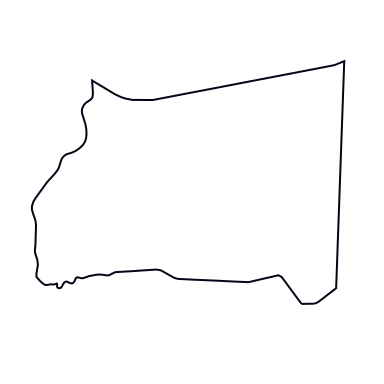 map outline of Najran (Natural Earth projection), rotated 356°
{"feature_id": "SAU-1096", "entity_name": "Najran", "entity_type": "Region", "adm_level": 1, "iso_a3": "SAU", "parent_name": "Saudi Arabia", "parent_adm1": "", "projection": "natural_earth1", "projection_center": [44.686, 18.237], "detail": "fine", "context": "isolated", "style": "outline", "palette": "ink", "viewbox_px": 384, "rotation_deg": 356, "n_neighbors": 0, "source": "natural_earth", "source_scale": "10m", "svg_char_len": 1510}
<svg xmlns="http://www.w3.org/2000/svg" viewBox="0 0 384 384"><g transform="rotate(356 192 192)"><path d="M329.1,298.0L320.1,304.0L310.5,310.4L308.1,311.5L305.6,311.9L295.2,311.4L294.1,311.3L293.1,310.6L286.4,300.2L280.6,291.0L275.5,283.0L272.5,281.1L255.1,283.8L242.1,285.9L223.0,283.7L208.1,281.9L188.6,279.7L171.9,277.7L168.3,276.4L155.5,268.0L151.1,266.9L137.8,266.8L135.9,266.8L126.2,266.8L110.3,266.6L108.5,267.1L103.6,269.2L101.4,269.3L96.0,268.1L91.2,267.8L83.6,268.7L77.6,270.3L76.1,270.4L72.8,269.4L71.2,269.1L70.0,270.1L68.8,272.4L67.6,274.0L66.1,274.8L64.1,274.5L61.1,272.7L59.7,272.6L58.0,273.6L56.8,275.2L55.8,277.0L54.6,278.4L52.8,278.7L51.8,278.4L51.4,278.2L51.1,277.7L50.8,277.0L51.0,275.1L51.0,274.1L50.5,273.9L48.7,274.5L47.3,274.6L44.2,274.2L41.2,274.6L39.8,274.6L38.2,274.0L35.0,271.1L31.0,266.0L31.0,263.1L33.2,253.8L33.0,248.9L31.5,243.2L31.2,241.0L31.3,238.4L32.0,234.7L34.1,214.2L33.9,210.3L33.1,206.5L31.9,202.4L31.1,198.3L31.2,196.0L31.9,193.4L33.4,190.1L35.5,187.1L48.2,172.0L57.0,163.6L59.5,160.6L60.5,159.1L61.4,157.2L63.3,152.2L64.3,149.9L66.0,147.9L67.9,146.4L69.7,145.6L75.1,144.3L78.6,143.0L82.2,140.9L85.6,138.3L87.1,136.7L88.3,135.0L89.3,133.1L90.1,130.9L90.6,128.3L90.9,124.8L90.9,121.6L90.5,117.5L87.8,105.7L87.8,103.5L88.3,101.0L90.2,97.7L92.0,95.9L97.2,92.8L98.5,91.7L99.2,90.6L99.8,88.5L100.1,85.5L100.1,73.8L121.9,89.1L127.5,92.2L131.7,94.0L139.1,96.0L159.3,97.5L342.8,75.4L353.0,72.1L329.1,297.9L329.1,298.0Z" fill="none" stroke="#020617" stroke-width="2"/></g></svg>